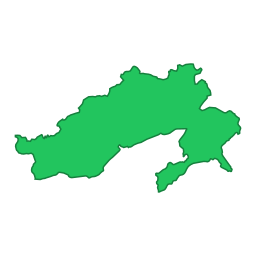 an SVG outline of Arunachal Pradesh
{"feature_id": "IND-3299", "entity_name": "Arunachal Pradesh", "entity_type": "State", "adm_level": 1, "iso_a3": "IND", "parent_name": "India", "parent_adm1": "", "projection": "natural_earth1", "projection_center": [94.95, 28.008], "detail": "fine", "context": "isolated", "style": "filled", "palette": "green", "viewbox_px": 256, "rotation_deg": 0, "n_neighbors": 0, "source": "natural_earth", "source_scale": "10m", "svg_char_len": 5881}
<svg xmlns="http://www.w3.org/2000/svg" viewBox="0 0 256 256"><path d="M199.0,81.8L201.8,79.7L205.3,81.6L205.1,82.3L205.1,82.8L205.4,83.1L206.0,83.2L206.7,83.8L207.0,84.7L207.4,86.8L207.9,87.8L210.0,90.4L210.6,92.8L210.8,95.0L207.1,96.1L207.1,98.1L203.5,102.1L200.7,105.9L199.4,108.6L202.0,110.6L204.8,109.8L206.9,108.6L209.5,107.4L215.5,107.9L223.9,112.6L225.2,112.9L226.4,112.6L227.8,111.6L229.5,110.8L231.0,111.2L233.6,113.6L234.7,113.9L235.1,115.1L235.4,115.5L237.6,117.3L239.1,118.2L239.3,119.5L238.1,122.3L237.9,123.9L238.5,125.1L240.4,127.3L240.6,128.6L239.8,130.7L239.6,131.4L239.7,133.0L239.6,133.4L238.8,133.8L238.0,134.2L237.8,133.8L237.8,133.2L237.3,132.6L236.7,132.5L236.0,132.7L235.3,133.1L233.7,135.1L231.7,137.0L230.7,137.5L230.4,138.2L230.2,138.5L229.4,138.8L229.2,139.0L229.0,140.1L228.8,140.3L226.8,140.9L226.3,141.3L225.0,143.1L222.1,145.5L221.6,146.3L221.3,147.2L221.3,148.2L221.9,149.4L222.3,151.6L222.4,152.3L221.9,153.6L222.1,154.5L223.0,156.2L229.4,165.2L230.7,166.8L230.8,168.1L231.8,168.9L232.0,169.4L231.4,171.3L230.9,171.5L229.8,170.9L228.2,171.3L227.8,171.1L226.9,170.0L221.5,167.3L220.6,166.5L220.6,165.8L221.3,164.1L221.0,163.7L219.8,162.6L219.3,162.0L218.5,160.5L218.0,159.9L217.3,159.3L216.0,158.7L215.2,158.5L214.5,158.4L214.1,158.6L213.5,159.4L213.1,159.6L212.6,159.6L211.7,159.0L210.6,158.8L210.2,159.2L209.9,160.0L209.1,161.0L208.5,161.4L207.7,161.7L206.9,161.7L206.3,161.5L203.7,161.4L193.4,163.3L190.7,164.6L188.3,166.4L186.8,168.7L185.4,171.7L184.6,173.0L183.5,174.1L182.4,174.7L180.2,175.2L179.2,175.6L177.5,177.9L176.1,180.3L175.6,180.5L173.8,180.7L173.2,181.0L172.8,181.6L171.9,183.7L171.3,184.0L169.6,183.9L168.0,184.3L166.9,185.9L166.0,187.8L164.9,189.4L164.2,189.9L161.2,191.0L159.8,191.7L159.0,192.0L158.5,191.9L158.5,190.5L157.8,188.4L157.6,187.5L158.1,185.2L158.0,184.9L157.7,184.5L156.9,183.8L156.7,183.4L156.6,182.8L156.6,182.0L156.8,181.7L157.5,180.9L157.8,180.2L158.0,178.0L157.7,176.6L157.0,176.0L156.3,175.6L155.9,175.2L155.8,173.8L156.1,173.4L156.7,173.2L158.2,173.4L159.1,173.1L162.8,170.0L163.9,169.4L165.4,168.8L166.3,167.9L166.9,167.1L167.3,166.3L167.7,164.6L168.1,163.7L168.8,163.1L169.7,162.6L170.1,162.5L170.7,162.7L171.3,163.0L173.1,164.5L173.9,164.6L180.0,162.0L181.8,162.1L182.8,161.9L184.1,162.4L184.5,162.1L185.0,161.1L186.2,160.5L186.7,159.3L187.9,158.4L188.2,158.0L188.2,156.4L188.2,156.0L187.2,154.5L186.9,154.3L186.3,154.2L185.5,154.4L185.1,154.7L183.9,156.4L183.6,156.6L183.4,156.5L183.3,156.1L183.5,154.8L183.4,154.4L183.1,154.2L183.1,153.7L183.7,152.0L183.4,149.2L183.1,148.6L182.8,148.3L181.5,147.5L181.1,147.0L180.2,146.3L179.9,145.9L179.8,145.5L179.5,142.7L179.0,141.7L179.5,140.5L180.5,139.0L183.9,134.7L185.3,132.2L185.8,130.9L186.7,129.3L186.7,128.9L186.3,128.7L176.7,128.9L175.0,129.4L171.7,131.7L170.0,133.0L168.0,133.8L164.7,134.5L163.1,134.4L162.1,134.0L161.0,133.3L160.7,133.3L160.3,133.5L158.5,134.7L146.9,139.2L141.0,142.4L138.1,143.1L135.8,144.0L133.6,145.0L131.6,146.5L130.4,147.0L129.4,146.9L128.4,147.5L127.5,146.4L123.7,147.5L122.6,146.9L121.2,146.5L120.9,146.3L120.3,145.4L119.7,144.9L119.4,144.9L118.5,146.0L118.2,146.6L118.4,147.4L118.9,148.0L119.7,148.8L120.0,149.6L119.4,150.7L112.5,157.3L111.1,158.4L109.3,160.0L104.0,166.1L103.5,166.8L103.2,167.6L103.2,168.8L103.5,170.1L103.5,170.4L103.2,170.9L102.0,171.6L100.6,172.8L99.0,174.5L98.0,175.1L95.6,176.2L94.4,176.5L92.3,176.7L91.4,176.9L89.7,177.8L88.9,177.9L87.3,176.5L86.6,176.1L85.6,175.9L71.8,177.6L70.5,177.4L69.6,177.0L68.8,176.4L68.6,176.0L68.5,175.3L67.2,174.5L63.8,173.0L60.9,172.5L59.3,172.3L58.5,172.5L57.0,174.1L56.4,174.6L55.6,175.0L53.3,175.4L50.5,176.5L46.3,177.8L44.8,178.4L42.9,178.6L40.2,179.5L35.1,179.1L35.3,178.4L34.6,175.6L34.0,174.1L32.0,172.0L31.6,170.5L31.6,169.7L31.9,168.0L32.2,167.3L33.1,166.0L33.5,164.3L34.1,163.6L35.3,162.5L35.6,161.7L33.1,154.4L31.2,153.2L28.3,153.8L26.6,153.5L23.6,154.0L21.5,153.8L20.7,153.4L18.8,152.9L18.2,152.1L17.9,151.4L16.8,150.4L16.4,149.7L15.6,146.3L15.9,144.5L17.7,141.7L18.1,140.3L18.1,138.6L16.9,137.3L15.4,136.8L15.4,135.4L17.8,135.3L19.9,135.5L21.8,137.6L25.5,137.4L26.7,139.5L27.0,141.1L28.7,141.0L30.4,141.3L31.8,139.2L34.8,139.6L36.4,138.5L37.2,137.2L41.6,134.7L42.0,134.9L43.0,137.3L43.5,138.1L44.1,138.5L44.6,137.6L45.1,136.3L45.3,136.3L45.5,137.1L45.9,137.7L46.6,137.6L47.1,135.8L47.6,135.2L48.0,135.3L48.5,136.4L48.9,136.8L49.3,136.7L50.8,135.6L52.4,135.9L54.6,135.6L55.3,134.6L57.0,133.3L58.9,132.6L60.9,129.1L59.6,127.2L59.6,126.6L59.1,126.1L57.8,126.0L57.2,125.7L57.1,125.0L57.8,123.4L58.7,122.1L59.9,121.1L62.7,119.2L63.1,120.0L64.2,120.0L64.8,119.8L65.4,119.4L66.0,118.8L67.5,116.7L68.2,116.2L69.7,115.7L70.3,115.1L76.3,113.1L79.3,112.4L79.7,109.8L78.5,108.1L79.8,106.9L82.4,103.9L83.0,102.2L83.6,100.0L88.6,96.8L92.7,96.5L94.9,96.8L95.6,96.8L97.1,96.0L98.7,95.9L99.3,95.7L101.6,96.4L104.8,95.3L107.3,96.3L108.6,94.1L109.4,92.3L109.8,90.7L109.8,88.7L110.6,88.3L111.2,87.8L113.2,86.9L115.4,86.2L116.9,84.7L119.8,84.5L121.4,82.5L123.6,80.2L120.6,76.8L121.3,74.4L122.7,74.5L123.2,74.4L123.6,73.9L124.2,72.7L124.6,72.2L125.5,71.7L126.5,71.5L128.5,71.5L130.1,71.0L130.6,70.5L132.7,67.2L133.4,66.5L134.6,66.4L136.0,67.0L137.4,68.0L139.4,70.6L139.9,71.3L139.6,73.2L140.2,73.6L143.2,73.4L144.7,73.8L148.4,74.2L150.7,74.8L152.7,76.0L153.4,76.3L156.6,77.0L156.9,77.2L157.1,77.5L157.2,78.3L157.6,78.6L159.8,78.9L163.1,79.7L165.5,79.2L167.8,78.1L168.7,75.2L169.1,74.9L169.1,73.8L168.7,72.1L168.8,71.5L170.2,71.4L170.2,70.6L170.3,70.2L170.7,69.8L171.8,69.7L173.9,70.7L176.6,71.1L177.8,68.5L177.7,65.4L178.9,65.1L179.7,64.8L182.3,66.2L185.8,64.5L190.4,64.0L193.1,64.1L193.4,64.7L194.0,67.1L194.4,67.9L195.5,69.3L196.7,70.1L197.9,70.0L199.3,69.1L200.1,68.5L200.6,68.2L201.1,68.5L201.7,69.3L201.8,69.9L200.8,71.5L200.3,72.9L199.8,73.3L195.7,74.5L195.1,75.0L194.4,76.3L194.4,80.6L195.2,84.2L197.2,84.0L199.0,81.8Z" fill="#22c55e" stroke="#15803d" stroke-width="1.5"/></svg>